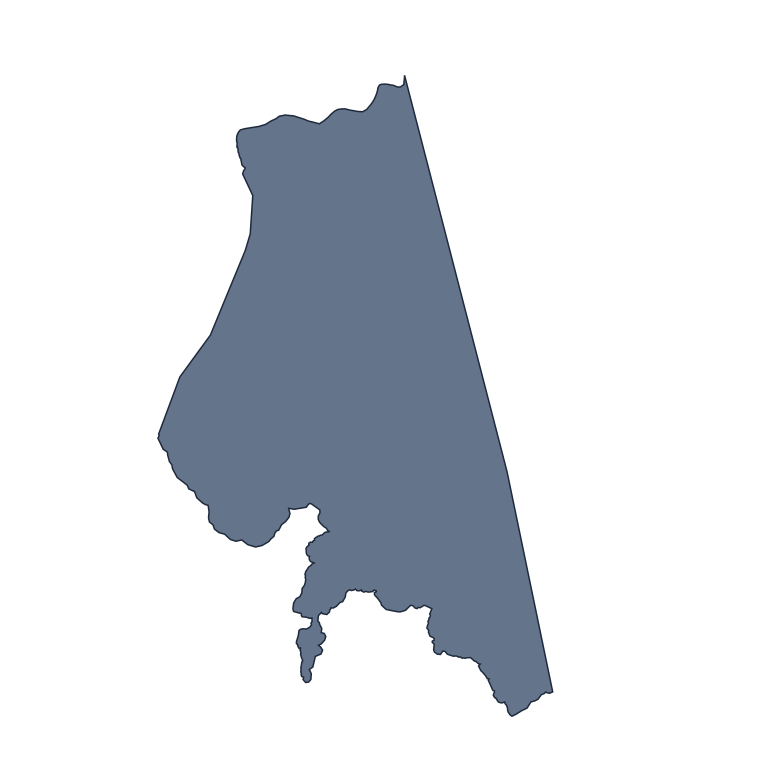 Medorm, Aimeliik, Palau (Mercator projection), rotated 279°
{"feature_id": "81905179B56582984107965", "entity_name": "Medorm", "entity_type": "district", "adm_level": 2, "iso_a3": "PLW", "parent_name": "Palau", "parent_adm1": "Aimeliik", "projection": "mercator", "projection_center": [134.484, 7.466], "detail": "fine", "context": "isolated", "style": "filled", "palette": "slate", "viewbox_px": 768, "rotation_deg": 279, "n_neighbors": 0, "source": "geoboundaries", "source_scale": "gbopen_adm2", "svg_char_len": 4787}
<svg xmlns="http://www.w3.org/2000/svg" viewBox="0 0 768 768"><g transform="rotate(279 384 384)"><path d="M692.1,356.0L688.6,356.4L687.0,356.4L685.4,356.5L682.8,356.7L681.6,355.4L679.9,353.7L679.5,350.7L680.5,346.3L680.4,343.9L680.6,341.0L680.3,337.5L679.5,334.2L678.5,332.7L675.7,331.7L671.9,331.6L668.1,331.0L663.6,329.8L659.9,328.3L656.5,326.4L652.4,323.9L649.6,320.4L649.1,316.1L649.2,307.2L649.7,302.7L649.4,301.1L649.0,298.8L647.9,295.4L646.0,292.8L642.5,289.7L638.8,287.2L634.3,283.3L632.1,280.7L630.9,279.5L631.1,277.3L631.6,272.3L631.9,268.1L633.0,263.8L634.7,252.7L634.3,247.1L634.2,244.3L633.4,242.2L632.2,238.8L628.9,235.5L626.2,231.4L621.9,226.5L618.8,220.1L615.8,210.9L614.3,206.3L613.3,204.2L612.4,202.3L610.3,201.0L608.5,200.4L607.1,200.1L605.7,199.8L604.5,200.0L602.4,200.1L599.9,200.7L599.1,201.3L595.2,201.6L595.1,202.3L594.5,202.2L592.8,203.3L592.1,203.2L590.1,203.7L588.5,205.0L587.5,205.0L584.4,206.7L583.7,207.7L582.8,207.7L579.7,208.9L579.1,209.1L578.2,209.4L577.4,210.3L576.5,211.7L576.0,212.8L575.2,213.1L574.4,212.8L572.7,212.0L569.4,211.5L549.6,224.9L511.4,228.4L494.2,226.1L453.6,216.4L405.2,204.9L359.1,181.3L299.1,169.2L298.0,170.0L295.1,169.2L284.9,176.2L283.6,179.2L282.7,180.8L280.1,181.4L274.0,184.1L270.8,187.2L267.2,188.4L259.3,194.4L253.2,205.6L249.9,207.5L248.1,213.7L242.2,217.0L238.0,223.6L236.9,226.6L236.6,229.3L230.1,231.3L226.6,231.4L224.0,231.7L220.4,233.2L218.1,237.2L214.2,239.2L211.4,244.3L210.7,250.2L206.4,256.6L205.5,262.4L207.7,267.9L204.0,274.6L202.9,282.6L205.4,288.8L210.3,294.8L213.4,296.6L216.3,299.1L219.1,299.4L222.1,300.7L223.0,302.8L229.1,304.9L232.8,308.4L237.5,311.0L241.3,311.4L246.3,309.3L246.2,314.8L250.1,326.6L252.0,327.4L254.2,328.9L254.4,330.7L249.6,340.3L246.8,340.9L243.3,339.7L239.9,340.3L237.5,341.9L235.9,343.8L233.7,347.0L232.5,349.7L230.7,351.1L229.8,352.9L229.3,352.4L228.8,350.2L228.0,348.6L226.2,347.3L225.1,346.4L224.7,344.8L223.9,343.9L223.1,342.1L222.4,341.8L221.9,340.8L220.3,339.5L218.8,339.8L217.8,338.5L216.5,338.0L216.3,336.1L215.4,334.9L214.0,334.7L213.4,335.3L210.7,333.1L209.3,332.7L204.6,333.8L202.6,335.2L202.1,337.5L200.5,337.2L198.8,337.8L197.1,339.3L196.3,342.9L194.7,340.8L193.4,340.2L191.3,338.1L188.3,336.9L186.7,336.1L183.5,335.7L182.5,336.4L180.4,336.5L178.6,337.3L175.1,337.3L172.5,336.8L169.3,335.1L164.9,335.5L160.8,334.2L158.2,330.9L153.6,329.0L150.2,329.1L147.7,329.2L145.2,330.3L144.5,335.7L144.6,337.8L143.8,338.4L142.4,338.6L141.3,339.5L141.5,343.8L140.9,347.3L141.6,349.4L138.0,350.1L136.4,349.3L134.7,350.1L132.2,348.7L130.9,347.1L129.7,345.4L129.7,342.8L128.7,339.9L127.2,338.6L122.2,338.7L119.9,338.4L115.8,337.8L113.7,338.2L113.2,339.5L111.7,339.8L110.9,340.4L109.6,341.5L110.3,342.7L109.3,343.0L108.2,342.7L105.7,344.0L104.0,343.9L100.9,345.3L97.9,347.1L96.9,346.4L90.5,346.3L88.2,346.9L86.8,346.8L85.3,347.6L84.2,347.5L82.3,348.4L81.8,350.5L79.4,350.3L76.9,353.3L77.9,356.3L80.7,358.0L86.5,357.5L90.4,354.9L93.3,358.0L99.0,358.4L104.2,358.8L107.5,364.1L111.5,365.0L114.2,362.7L115.7,360.1L117.6,362.8L121.8,365.5L125.5,366.0L128.3,364.0L128.6,360.9L132.6,360.8L134.3,359.7L136.3,358.2L138.2,357.5L139.4,355.8L144.3,355.4L145.8,355.9L147.5,357.3L148.6,357.9L147.5,359.0L147.4,363.6L150.3,365.8L152.7,365.9L153.6,366.6L154.6,366.6L154.8,368.9L156.9,371.7L161.5,374.9L162.5,377.2L167.6,379.1L171.5,379.0L174.0,380.6L175.4,382.2L174.9,384.1L175.9,386.6L177.0,387.9L175.6,389.7L176.0,392.3L177.1,393.9L176.0,394.3L175.3,396.7L176.3,398.5L176.0,400.8L176.2,402.1L177.4,405.5L178.6,406.0L178.9,407.0L178.5,408.7L177.6,408.9L176.5,407.2L174.3,407.6L171.0,411.6L167.3,415.2L165.2,416.1L161.7,421.3L161.4,426.0L161.2,432.9L161.4,435.6L163.9,440.8L166.8,442.8L169.7,445.0L169.4,447.6L167.7,449.4L167.3,451.8L168.6,452.7L168.7,453.4L168.6,454.5L170.0,456.3L171.7,458.2L171.5,459.8L169.6,466.4L163.8,465.1L163.0,466.0L160.7,465.8L159.9,465.0L158.1,465.2L156.6,464.5L154.6,465.3L151.9,464.7L149.7,464.5L147.7,466.7L145.8,466.7L142.1,468.9L141.2,472.3L140.1,473.5L138.6,473.5L137.6,471.9L136.3,472.1L134.9,474.3L129.2,474.6L127.2,475.7L125.5,478.9L125.7,482.1L129.5,483.9L129.3,486.4L127.0,488.8L126.4,492.5L126.0,495.1L126.7,497.9L125.9,500.7L126.4,501.8L125.4,504.1L125.9,505.4L125.8,507.0L126.5,508.5L127.3,512.2L124.5,516.6L124.3,518.2L122.4,521.2L122.4,522.9L120.2,521.5L116.1,524.4L115.0,526.1L111.9,529.8L110.7,530.9L109.1,532.0L109.2,533.9L107.6,533.4L103.4,536.2L98.6,539.3L98.0,541.2L96.1,541.1L93.7,540.6L91.5,542.4L91.3,543.5L87.8,546.7L87.4,548.8L87.5,550.5L88.8,553.0L87.3,553.5L86.0,555.1L83.7,556.5L81.0,557.2L79.2,558.1L77.0,560.2L75.9,562.3L78.4,566.0L82.8,571.0L86.3,576.0L92.9,578.8L94.7,582.7L96.7,585.4L101.7,588.0L103.5,590.9L105.0,591.7L104.7,592.8L104.4,595.8L106.3,598.8L316.5,519.3L692.1,356.0Z" fill="#64748b" stroke="#1e293b" stroke-width="1.5"/></g></svg>